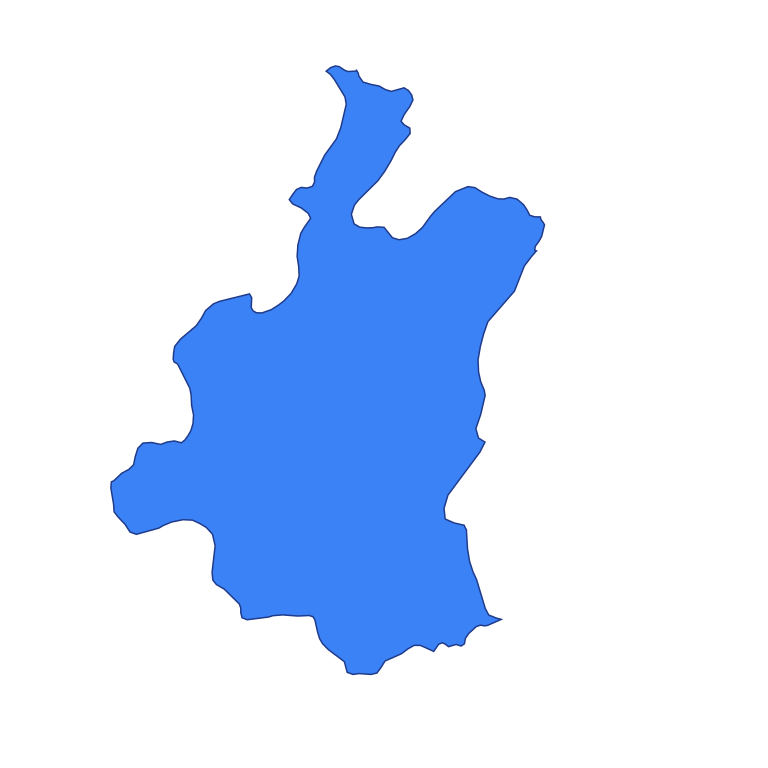 map outline of Houet (Natural Earth projection), rotated 25°
{"feature_id": "BFA-2799", "entity_name": "Houet", "entity_type": "Province", "adm_level": 1, "iso_a3": "BFA", "parent_name": "Burkina Faso", "parent_adm1": "", "projection": "natural_earth1", "projection_center": [-4.316, 11.385], "detail": "fine", "context": "isolated", "style": "filled", "palette": "blue", "viewbox_px": 768, "rotation_deg": 25, "n_neighbors": 0, "source": "natural_earth", "source_scale": "10m", "svg_char_len": 2966}
<svg xmlns="http://www.w3.org/2000/svg" viewBox="0 0 768 768"><g transform="rotate(25 384 384)"><path d="M216.0,116.3L219.4,116.0L226.2,112.3L226.5,111.3L229.1,113.0L231.2,115.6L237.3,119.2L245.6,118.0L253.7,116.0L260.8,116.6L267.0,115.7L277.0,107.1L282.2,107.7L287.0,110.4L290.2,114.4L290.1,121.7L288.4,131.2L288.4,138.6L292.8,140.6L299.3,141.2L301.8,145.9L300.0,153.4L297.3,161.4L296.2,169.4L296.0,178.4L294.8,190.9L292.5,202.5L283.2,227.7L281.6,234.4L282.7,244.0L289.2,251.5L295.7,252.1L301.7,250.1L307.2,247.5L311.6,244.4L317.8,242.0L329.9,247.9L336.7,246.9L343.6,242.1L349.0,234.5L352.7,225.8L355.3,212.2L357.1,205.8L367.5,179.4L376.7,169.6L383.4,167.6L391.8,168.7L400.7,169.0L409.1,168.0L414.5,165.7L419.0,161.8L426.4,160.2L434.9,162.6L440.5,166.1L444.8,169.5L450.0,168.8L455.1,166.5L456.6,168.5L459.7,170.2L462.2,171.9L464.5,183.5L464.2,188.7L462.9,195.5L464.2,199.2L465.9,198.9L463.9,205.8L461.3,217.7L463.0,244.7L451.8,283.6L453.2,296.9L455.5,309.4L459.0,322.3L464.6,333.1L470.7,341.1L477.4,347.2L480.5,351.6L484.5,370.6L486.1,385.6L492.4,393.0L500.1,394.0L499.7,405.2L488.9,457.7L491.0,471.4L496.5,480.5L506.3,480.3L516.3,478.1L517.7,479.4L520.2,481.2L529.4,498.2L536.6,508.7L543.9,516.5L550.6,522.2L570.6,544.6L576.5,549.1L584.4,548.7L589.7,547.8L579.8,559.1L577.0,560.9L575.2,561.2L573.2,561.9L570.1,564.9L566.2,574.4L565.3,580.2L566.7,585.5L564.6,588.9L559.4,589.6L553.5,594.8L549.6,593.9L546.0,593.9L543.5,596.9L542.1,605.3L527.6,605.5L521.8,608.1L517.8,613.7L513.8,621.1L502.0,634.6L501.1,642.2L499.7,649.0L495.0,652.7L483.7,657.0L478.7,660.3L472.5,660.9L465.4,652.4L445.7,648.2L438.0,645.3L433.3,642.0L428.9,637.2L421.0,626.9L417.9,624.9L413.9,625.5L404.0,630.7L389.7,636.1L381.1,641.0L378.0,643.9L359.6,655.5L354.1,655.8L351.0,652.0L348.8,647.5L345.8,644.5L325.8,637.4L316.9,636.6L311.8,634.1L307.8,627.4L299.3,601.9L292.0,592.6L283.6,589.1L276.2,588.3L268.0,588.3L259.2,591.9L249.8,598.9L243.6,605.7L240.9,609.7L223.1,624.9L216.4,625.5L208.8,620.7L199.4,617.0L193.4,613.9L189.7,607.2L180.3,593.5L178.3,587.9L180.0,585.9L184.0,575.7L188.8,569.3L191.2,563.0L189.3,555.2L188.1,546.3L190.5,539.4L198.2,535.2L207.2,533.1L212.0,528.2L218.1,524.2L225.2,522.9L227.2,518.9L228.2,513.6L228.7,507.8L227.6,500.5L224.5,492.6L218.7,484.7L213.9,475.6L209.9,470.0L188.5,453.1L184.4,452.7L182.4,450.5L180.2,444.8L178.4,438.4L180.6,429.2L189.2,410.5L190.7,401.7L191.3,392.8L195.5,383.5L200.1,378.5L224.0,359.2L227.6,361.7L231.4,370.9L234.4,373.0L238.2,373.4L243.3,371.2L250.4,364.3L255.2,356.7L258.1,351.1L261.5,341.3L262.6,330.2L261.5,322.1L257.0,313.5L251.3,305.0L247.2,294.4L244.9,282.5L245.6,275.4L247.5,264.8L243.1,261.3L234.5,259.4L225.1,259.4L220.2,256.9L221.2,250.4L222.5,244.7L225.9,240.8L231.5,238.9L235.6,235.1L235.7,230.2L233.6,226.0L233.0,219.3L233.5,201.7L237.3,181.9L236.5,170.0L231.6,146.5L227.3,140.3L210.1,128.9L204.4,126.0L199.4,124.9L201.9,119.8L205.5,116.3L209.1,115.3L216.0,116.3Z" fill="#3b82f6" stroke="#1e3a8a" stroke-width="1.5"/></g></svg>